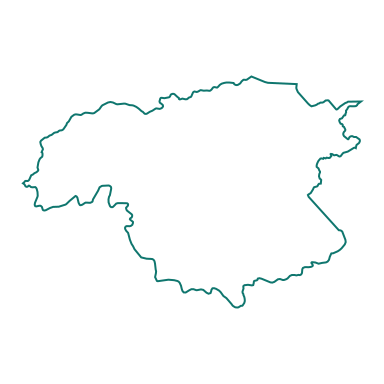 the State of Bolívar
{"feature_id": "VEN-39", "entity_name": "Bolívar", "entity_type": "State", "adm_level": 1, "iso_a3": "VEN", "parent_name": "Venezuela", "parent_adm1": "", "projection": "mercator", "projection_center": [-63.762, 6.004], "detail": "fine", "context": "isolated", "style": "outline", "palette": "teal", "viewbox_px": 384, "rotation_deg": 0, "n_neighbors": 0, "source": "natural_earth", "source_scale": "10m", "svg_char_len": 5956}
<svg xmlns="http://www.w3.org/2000/svg" viewBox="0 0 384 384"><path d="M361.0,101.5L357.5,104.2L357.1,105.2L355.9,106.1L353.9,106.3L349.9,106.2L348.8,106.6L348.2,107.2L347.3,109.0L346.0,110.7L346.1,112.5L345.4,113.8L345.5,114.5L345.3,115.1L344.9,115.4L344.2,115.3L343.9,115.5L342.0,118.3L339.9,119.0L339.2,120.3L339.5,121.7L340.6,123.7L341.9,124.0L342.5,124.5L342.7,124.8L342.7,125.8L342.8,126.3L344.0,126.9L345.3,129.5L345.2,130.6L343.9,132.0L343.3,133.3L343.3,134.7L344.0,136.1L347.8,139.2L348.4,139.2L349.4,137.3L350.2,136.6L351.2,136.2L352.4,136.2L354.0,137.0L356.1,137.0L359.5,139.4L359.8,140.2L359.9,141.0L359.3,142.6L358.8,143.2L356.6,144.9L356.3,145.7L355.8,148.1L355.0,147.6L353.8,147.9L347.8,151.6L343.5,152.8L342.7,153.5L340.6,156.2L339.6,156.5L338.9,156.3L337.2,155.2L336.3,154.9L334.2,155.3L333.6,155.1L332.5,154.2L330.9,153.9L330.6,154.1L330.7,154.6L331.2,155.3L331.3,156.1L329.7,157.9L328.7,158.0L326.5,157.7L325.7,158.4L323.7,157.9L323.2,158.8L321.3,158.4L320.4,158.6L318.5,160.8L317.6,162.5L316.9,164.3L316.6,165.9L316.7,166.9L318.5,168.4L319.3,170.5L320.0,171.6L320.0,172.4L319.3,174.0L319.0,176.3L319.7,178.6L320.5,179.1L321.2,180.0L320.8,183.6L319.0,183.8L318.4,184.4L317.4,186.2L316.8,186.5L314.5,187.1L313.9,187.4L312.9,189.6L310.7,193.1L308.4,194.5L307.9,195.0L308.7,196.9L338.8,230.2L340.1,230.3L341.4,230.8L342.3,231.7L345.4,239.8L345.7,242.1L344.8,244.4L341.6,248.3L339.8,249.9L337.7,251.3L333.1,253.3L331.4,253.4L331.1,253.9L329.8,256.8L329.0,259.8L327.6,261.6L326.0,262.4L322.1,262.9L318.6,263.7L315.4,262.5L312.6,262.2L311.7,262.3L311.4,262.9L312.6,264.7L312.8,265.7L312.1,266.4L310.9,266.9L308.6,267.2L305.0,267.1L303.0,267.9L302.3,269.2L302.0,272.8L301.8,273.4L301.1,274.5L299.9,275.1L298.4,274.9L296.4,275.4L294.6,275.0L291.9,275.0L289.9,275.9L287.5,278.5L285.8,279.4L283.9,280.0L282.8,280.0L280.0,279.0L277.9,279.3L274.3,281.9L272.3,282.6L270.5,282.4L261.5,278.7L259.4,278.2L257.8,278.6L257.5,279.7L256.8,280.3L254.3,280.9L253.9,281.5L253.7,283.2L253.2,285.1L251.9,285.4L248.0,284.8L244.5,285.2L243.5,285.9L243.3,286.6L243.5,288.5L242.5,291.6L242.6,292.9L243.3,294.0L243.5,295.2L244.3,297.0L244.7,299.0L244.8,301.0L244.3,302.9L242.6,305.5L242.1,305.8L240.9,305.8L238.5,307.3L237.7,307.5L235.8,307.4L234.8,307.1L232.7,305.7L231.4,303.9L226.4,298.1L223.4,296.0L220.7,292.2L219.1,290.6L216.0,288.8L214.1,288.2L212.5,288.3L211.5,289.7L211.1,291.5L210.5,293.1L208.5,293.7L206.5,292.7L203.3,289.9L201.0,289.4L197.5,290.1L196.3,290.2L193.5,289.2L191.4,289.2L189.4,290.2L185.7,292.5L183.7,292.4L182.5,291.0L181.8,289.1L181.0,285.7L179.6,282.7L178.6,281.6L177.4,281.0L174.2,280.2L168.4,279.7L157.8,281.2L156.9,280.9L155.1,277.1L155.9,273.3L156.1,271.3L155.7,269.6L155.0,263.5L154.5,261.3L154.1,260.5L153.5,259.8L152.5,259.1L150.8,258.9L146.6,258.7L141.2,257.4L134.5,249.2L133.1,246.3L131.5,243.8L129.9,239.7L128.1,232.9L126.1,230.7L125.2,229.0L125.0,227.9L125.6,226.6L126.7,226.1L129.8,226.2L131.0,225.8L132.3,224.8L133.0,222.9L132.9,221.8L130.3,219.8L129.9,219.2L130.1,218.5L131.7,217.4L132.2,216.0L132.1,214.9L131.7,214.3L127.1,210.7L126.6,210.0L126.1,208.5L126.1,207.7L127.9,205.7L128.1,204.6L127.9,203.9L127.4,203.4L126.0,203.2L117.9,203.1L116.2,203.6L114.8,205.1L113.2,206.7L112.6,207.1L111.1,207.1L110.3,206.5L109.9,205.9L108.6,202.4L108.5,199.4L109.0,196.9L109.9,195.2L111.2,188.7L111.1,187.5L110.8,186.7L109.6,185.8L108.7,185.5L102.7,185.8L101.7,186.0L99.6,187.3L98.1,190.7L93.0,199.4L92.5,201.5L91.8,202.1L90.2,202.8L85.7,202.6L85.0,202.9L82.3,204.7L80.8,205.2L80.0,205.1L79.6,204.7L78.6,202.8L77.4,197.7L76.6,196.5L76.1,196.2L75.5,196.0L69.6,200.9L66.3,204.1L65.5,204.6L58.8,206.7L53.1,206.9L50.0,208.0L45.8,210.2L44.5,210.5L43.4,210.3L42.8,209.8L41.9,206.9L40.9,206.0L40.1,205.7L39.0,205.8L36.4,206.4L35.3,206.2L34.9,205.6L34.7,204.5L35.0,202.8L37.5,196.7L37.7,195.6L37.5,192.0L36.7,188.9L36.1,187.8L35.3,187.1L32.3,187.3L30.9,187.0L29.5,185.8L28.9,185.6L27.5,186.7L26.4,186.8L25.5,186.3L24.5,184.4L23.0,183.3L24.0,182.5L25.1,181.1L25.7,180.9L27.8,181.0L28.7,180.4L29.3,179.6L31.2,175.3L32.9,174.5L34.4,173.2L36.5,172.2L38.0,170.8L38.3,170.0L37.5,167.5L38.4,162.3L39.6,159.3L40.4,158.2L42.2,156.7L42.5,155.4L42.5,153.6L42.2,152.6L41.6,152.2L42.9,149.3L42.7,148.2L41.4,146.1L40.7,144.1L40.3,142.0L41.0,140.7L44.7,137.7L46.7,137.5L47.7,137.1L49.5,135.6L51.6,134.9L54.1,132.9L55.2,132.5L57.6,132.1L58.9,130.9L59.8,130.5L61.7,130.3L62.6,129.9L63.5,129.1L66.4,124.9L67.0,123.1L68.8,121.4L71.4,116.8L74.1,114.8L75.3,114.4L76.6,114.4L80.4,115.0L81.4,114.8L83.3,113.5L85.3,112.7L87.7,112.8L92.3,113.4L93.4,113.3L94.3,113.0L99.3,109.3L101.5,106.2L102.4,105.3L108.0,102.5L110.4,102.0L113.0,102.5L116.3,104.1L117.5,104.3L124.1,103.6L125.4,103.7L129.5,105.1L132.3,105.3L133.6,105.6L136.3,106.9L138.7,108.6L141.6,111.2L142.8,111.8L144.5,113.6L145.2,113.9L146.1,113.9L147.0,113.6L149.8,111.8L152.4,110.7L155.6,108.6L156.4,108.4L159.6,108.9L160.9,108.5L162.2,107.7L163.0,106.5L162.9,105.2L161.9,104.2L159.8,102.6L159.5,101.3L160.3,98.5L160.9,97.9L161.7,97.8L164.4,98.2L169.0,97.3L169.6,96.9L170.0,96.4L170.8,94.6L172.2,93.9L173.8,93.9L174.6,94.3L177.7,97.2L178.8,97.9L179.0,99.0L179.6,99.4L180.4,99.3L182.4,98.6L185.4,99.3L186.9,99.2L187.7,98.7L188.7,97.7L190.9,96.9L191.3,96.4L193.0,92.5L193.6,91.9L194.4,91.5L196.8,92.0L198.2,91.5L200.4,90.2L201.1,90.2L203.7,90.7L206.8,90.5L209.4,90.8L210.3,90.6L211.5,89.6L213.0,87.6L213.7,87.2L214.6,87.1L217.0,87.6L217.9,87.0L219.8,84.9L220.8,84.2L221.9,83.6L224.3,82.9L226.6,82.5L229.0,82.5L233.6,83.0L234.3,84.2L235.5,84.9L236.9,85.1L238.2,84.7L240.2,83.4L241.6,81.4L243.3,79.9L243.9,79.7L245.6,79.9L246.8,79.7L251.4,76.5L264.9,82.0L267.9,82.8L296.7,84.1L296.3,87.9L296.5,88.9L297.9,92.1L308.0,103.5L309.8,105.2L311.5,106.3L315.1,105.4L316.7,104.7L318.0,103.7L319.0,103.5L320.4,102.6L322.3,102.6L323.5,102.2L325.6,100.5L327.9,100.3L328.6,100.5L336.1,109.3L336.7,109.5L337.5,109.1L340.3,106.4L345.3,103.0L346.8,102.5L348.0,101.7L361.0,101.5Z" fill="none" stroke="#0f766e" stroke-width="2"/></svg>